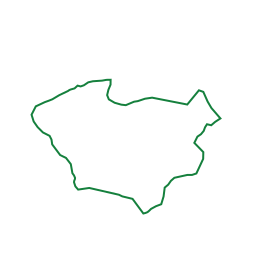 the Province of Kayseri, rotated 225°
{"feature_id": "TUR-2287", "entity_name": "Kayseri", "entity_type": "Province", "adm_level": 1, "iso_a3": "TUR", "parent_name": "Turkey", "parent_adm1": "", "projection": "natural_earth1", "projection_center": [35.883, 38.542], "detail": "fine", "context": "isolated", "style": "outline", "palette": "green", "viewbox_px": 256, "rotation_deg": 225, "n_neighbors": 0, "source": "natural_earth", "source_scale": "10m", "svg_char_len": 1085}
<svg xmlns="http://www.w3.org/2000/svg" viewBox="0 0 256 256"><g transform="rotate(225 128 128)"><path d="M69.4,200.1L70.7,194.0L71.1,188.8L74.8,186.5L74.0,182.9L72.4,179.5L72.0,175.2L72.8,171.0L70.6,164.4L57.7,164.2L53.0,159.3L47.5,144.2L49.6,140.0L52.9,136.7L60.0,125.6L60.3,121.0L59.5,116.4L59.9,111.8L54.4,104.7L50.6,97.6L52.9,92.5L54.5,87.1L54.5,84.7L54.7,82.3L55.6,80.2L56.7,78.4L74.7,81.1L83.7,75.6L87.2,74.4L113.0,58.2L119.7,49.2L123.9,49.5L127.7,51.4L128.5,52.3L129.5,54.5L130.2,55.3L132.7,56.3L135.3,56.7L142.9,62.0L150.7,63.0L156.8,60.9L170.0,62.8L173.9,65.7L177.9,67.0L185.0,64.7L192.4,64.7L199.3,65.9L205.6,69.2L208.5,78.1L205.1,87.5L203.4,91.1L201.8,94.8L199.8,102.7L196.6,111.7L196.3,113.4L195.7,114.8L193.8,118.2L193.6,122.3L190.9,123.9L189.4,127.0L188.4,132.2L185.9,136.2L179.8,143.2L177.3,146.8L174.4,149.8L171.0,146.3L168.9,141.2L166.0,136.5L161.8,134.7L155.3,136.4L149.2,139.8L145.7,142.6L142.3,150.9L140.1,153.9L136.7,160.7L132.4,166.5L102.7,186.5L104.5,204.8L100.3,206.8L90.4,203.0L83.1,201.1L69.4,200.1Z" fill="none" stroke="#15803d" stroke-width="2"/></g></svg>